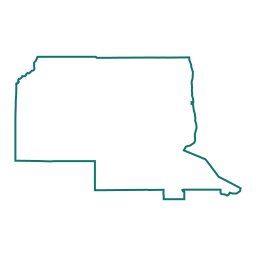 the district of Rio Arriba, New Mexico, United States of America
{"feature_id": "52423323B40891778777476", "entity_name": "Rio Arriba", "entity_type": "district", "adm_level": 2, "iso_a3": "USA", "parent_name": "United States of America", "parent_adm1": "New Mexico", "projection": "natural_earth1", "projection_center": [-106.665, 36.465], "detail": "fine", "context": "isolated", "style": "outline", "palette": "teal", "viewbox_px": 256, "rotation_deg": 0, "n_neighbors": 0, "source": "geoboundaries", "source_scale": "gbopen_adm2", "svg_char_len": 1609}
<svg xmlns="http://www.w3.org/2000/svg" viewBox="0 0 256 256"><path d="M37.5,56.8L37.4,57.1L36.5,59.2L35.7,61.0L34.7,61.9L33.9,63.1L34.3,64.4L33.9,66.1L34.4,67.6L34.3,69.2L33.7,70.1L33.0,70.5L31.8,70.8L30.7,71.9L29.4,73.2L28.1,73.3L27.5,73.0L26.5,73.8L25.8,75.3L25.1,76.1L23.2,76.3L22.3,76.1L22.0,76.9L21.6,77.7L20.0,78.8L18.9,78.8L18.3,79.7L18.2,80.9L18.7,81.4L18.6,82.1L18.1,82.0L17.5,82.7L17.8,83.2L17.2,83.6L16.9,83.4L16.3,83.6L16.3,84.2L16.3,87.4L16.2,94.2L15.8,100.0L15.7,106.5L15.5,113.0L15.4,119.0L15.4,126.1L15.4,133.9L15.4,134.0L15.4,149.0L15.4,160.7L38.4,161.0L49.8,161.4L55.2,161.1L76.8,161.1L94.9,161.1L94.9,190.2L97.2,190.2L103.2,190.2L113.3,190.1L148.1,189.8L149.0,190.0L163.5,189.8L163.4,194.5L163.7,195.4L163.7,199.2L184.3,199.2L184.3,191.9L184.1,191.4L183.1,191.4L182.8,190.7L183.1,190.5L182.4,190.1L182.5,189.8L184.6,189.7L191.4,189.7L193.9,189.7L220.6,189.7L220.5,192.8L221.6,194.2L224.6,194.3L226.7,195.5L228.3,195.1L229.7,192.7L232.6,193.5L236.6,193.5L239.9,191.2L240.6,188.3L231.7,183.5L218.5,176.7L215.7,172.7L207.5,161.9L205.4,159.3L183.8,150.4L185.9,146.6L190.2,145.5L194.3,142.7L195.2,140.1L194.8,134.2L196.6,128.0L196.1,123.4L195.2,121.1L195.3,117.7L194.7,113.3L193.8,110.3L192.9,103.6L191.6,104.0L191.6,102.1L193.3,102.1L193.1,99.0L191.9,94.9L192.3,93.9L191.8,90.5L192.1,87.8L191.6,81.8L192.6,78.4L192.9,71.9L191.4,67.4L191.1,64.7L189.3,59.9L189.2,57.4L168.2,57.6L163.3,57.5L163.2,57.5L158.4,57.6L153.1,57.5L138.8,57.6L136.2,57.6L123.7,57.7L122.5,57.7L119.0,57.7L117.4,57.7L109.4,57.8L96.6,57.8L95.8,56.8L84.2,56.8L37.5,56.8Z" fill="none" stroke="#0f766e" stroke-width="2"/></svg>